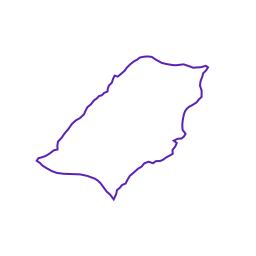 outline of Mesópolis, São Paulo, Brazil, rotated 248°
{"feature_id": "56859067B74939382420673", "entity_name": "Mesópolis", "entity_type": "district", "adm_level": 2, "iso_a3": "BRA", "parent_name": "Brazil", "parent_adm1": "São Paulo", "projection": "robinson", "projection_center": [-50.616, -19.955], "detail": "fine", "context": "isolated", "style": "outline", "palette": "violet", "viewbox_px": 256, "rotation_deg": 248, "n_neighbors": 0, "source": "geoboundaries", "source_scale": "gbopen_adm2", "svg_char_len": 1485}
<svg xmlns="http://www.w3.org/2000/svg" viewBox="0 0 256 256"><g transform="rotate(248 128 128)"><path d="M67.1,88.0L71.3,92.4L74.5,94.5L75.7,98.2L77.4,101.2L77.4,105.0L80.0,107.9L82.9,111.7L84.5,116.5L86.5,122.1L87.1,126.2L89.1,129.8L89.1,134.3L86.0,138.0L86.8,141.6L85.4,145.2L85.4,148.3L86.4,152.4L86.9,156.7L87.3,159.8L90.9,161.0L93.3,165.1L95.9,167.6L99.1,165.6L99.4,170.0L98.2,173.6L99.2,176.8L101.1,179.2L105.8,177.9L109.5,179.1L112.6,180.5L115.7,182.3L119.5,184.8L122.1,187.1L123.8,189.7L124.8,192.6L125.1,195.9L126.0,200.9L128.0,204.6L129.3,207.9L135.2,210.3L140.4,210.6L144.2,212.8L147.7,216.0L150.6,218.3L152.3,222.2L154.3,224.9L156.5,223.4L157.1,218.1L158.1,215.3L159.5,211.0L161.9,208.4L166.2,203.4L168.0,196.7L169.2,193.7L171.3,190.2L173.0,187.5L175.7,183.7L180.7,179.6L185.0,176.7L186.8,173.4L188.0,170.0L188.9,165.4L188.0,162.3L187.6,158.6L186.2,153.8L184.3,149.3L182.4,146.4L180.9,142.1L179.5,137.8L181.5,135.2L179.5,132.9L176.1,130.0L174.4,126.1L172.0,124.0L169.5,122.6L169.5,119.0L168.1,116.0L168.5,113.1L167.1,110.1L166.3,106.7L163.8,102.4L162.5,98.1L159.8,95.0L157.1,92.2L155.2,87.2L154.6,82.5L152.8,77.6L149.4,72.4L147.4,68.5L145.9,65.9L143.9,63.0L141.6,58.0L138.3,56.0L134.5,54.6L135.1,50.7L133.9,46.7L132.9,41.2L133.1,37.2L133.6,33.6L131.8,31.1L128.3,33.4L125.8,34.3L122.5,36.5L116.8,41.0L113.0,45.2L109.8,50.9L102.9,66.3L98.6,72.6L93.3,78.4L90.4,80.4L87.0,81.9L83.7,82.7L77.0,84.4L73.2,86.4L67.1,88.0Z" fill="none" stroke="#5b21b6" stroke-width="2"/></g></svg>